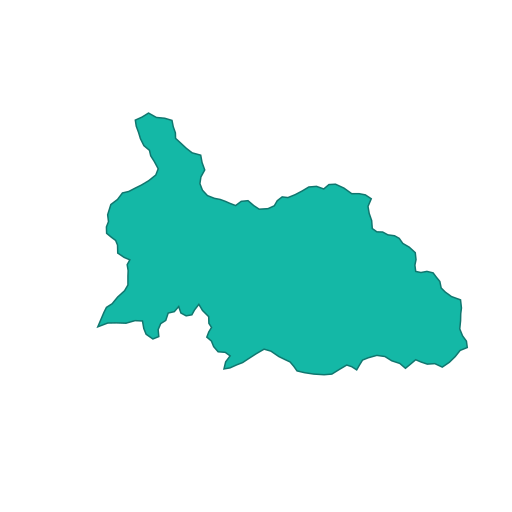 outline of Guabiruba, Santa Catarina, Brazil, rotated 68°
{"feature_id": "56859067B25663220067280", "entity_name": "Guabiruba", "entity_type": "district", "adm_level": 2, "iso_a3": "BRA", "parent_name": "Brazil", "parent_adm1": "Santa Catarina", "projection": "natural_earth1", "projection_center": [-49.027, -27.109], "detail": "fine", "context": "isolated", "style": "filled", "palette": "teal", "viewbox_px": 512, "rotation_deg": 68, "n_neighbors": 0, "source": "geoboundaries", "source_scale": "gbopen_adm2", "svg_char_len": 2343}
<svg xmlns="http://www.w3.org/2000/svg" viewBox="0 0 512 512"><g transform="rotate(68 256 256)"><path d="M83.2,302.1L84.5,309.6L84.8,317.0L90.8,318.4L97.5,318.6L103.9,319.2L111.7,318.6L118.1,315.2L123.7,316.1L130.2,314.9L138.5,314.0L143.4,318.6L146.0,327.4L147.3,335.7L147.8,342.5L148.5,349.8L147.5,356.2L151.7,363.2L153.9,371.3L162.2,378.1L168.9,379.9L173.0,383.8L179.0,386.0L184.4,383.1L189.0,380.3L194.0,380.3L201.5,383.1L207.9,378.8L212.3,374.4L215.8,378.7L221.6,380.0L226.5,382.2L234.9,385.6L239.0,390.9L242.2,399.6L246.4,407.3L247.6,413.9L251.4,418.2L262.4,429.2L262.6,418.6L265.7,410.5L269.6,401.7L270.6,392.4L273.7,385.6L281.2,387.2L287.4,387.2L294.3,382.7L294.3,376.3L287.6,374.3L283.0,369.7L281.9,363.8L276.0,358.8L277.0,352.6L273.9,346.6L280.7,347.0L285.3,343.2L286.5,337.5L283.0,333.2L279.4,327.1L286.5,326.0L294.5,322.6L300.8,324.9L305.6,324.0L308.7,328.2L312.8,332.0L318.1,329.2L324.2,329.2L330.6,327.0L333.8,320.6L338.9,317.4L342.8,323.8L348.7,328.0L350.0,322.0L349.7,314.5L349.8,308.3L348.5,301.9L346.7,292.5L345.4,283.4L349.8,277.8L357.8,272.5L362.9,267.9L367.0,264.1L372.4,262.3L377.9,261.0L382.3,254.8L387.1,246.7L391.6,237.3L393.9,229.9L392.4,221.2L391.1,212.7L394.5,208.7L399.3,205.3L395.7,200.7L392.4,196.2L392.4,190.2L393.4,181.2L397.5,174.1L404.0,169.4L409.5,162.9L416.1,159.5L414.3,153.8L412.0,146.8L416.1,142.7L420.4,137.7L422.8,130.5L428.8,124.9L427.0,116.6L423.9,109.0L420.0,102.1L420.0,94.4L413.8,92.8L407.4,94.4L399.9,94.4L392.7,90.6L386.2,87.8L381.2,85.0L373.3,82.8L366.8,90.0L360.4,94.0L355.0,96.3L348.5,95.1L342.6,96.9L338.0,98.1L334.3,103.3L333.1,109.3L330.1,113.7L324.0,112.1L319.3,109.0L312.6,107.1L305.2,110.6L299.3,115.2L293.3,116.6L289.1,120.0L285.8,125.8L281.2,129.6L278.9,134.9L274.1,137.9L266.5,135.5L258.9,135.1L252.0,133.6L246.1,127.7L240.3,131.7L236.8,137.1L234.1,143.9L226.0,149.0L219.2,155.4L217.1,161.6L219.2,168.1L214.1,173.8L211.8,181.2L213.0,188.8L213.8,196.8L213.8,204.5L211.0,209.6L212.7,215.6L216.3,220.2L216.6,227.1L213.8,235.5L208.6,239.1L201.7,242.7L199.8,249.2L201.6,256.0L197.3,260.6L193.7,264.1L190.1,268.1L187.0,272.9L181.8,278.4L174.9,281.0L167.9,280.9L162.1,277.5L157.0,271.3L149.1,271.0L141.8,269.5L136.4,276.6L130.0,280.3L124.0,283.1L116.8,286.5L111.6,284.6L105.1,284.3L98.8,283.1L94.1,289.0L90.2,296.5L83.2,302.1Z" fill="#14b8a6" stroke="#0f766e" stroke-width="1.5"/></g></svg>